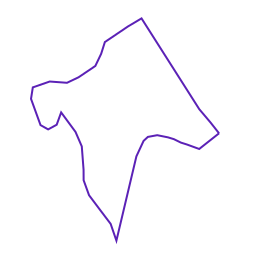 the district of Bupyeong-gu, Incheon, South Korea, rotated 56°
{"feature_id": "91817680B45509654992593", "entity_name": "Bupyeong-gu", "entity_type": "district", "adm_level": 2, "iso_a3": "KOR", "parent_name": "South Korea", "parent_adm1": "Incheon", "projection": "albers", "projection_center": [126.732, 37.486], "detail": "fine", "context": "isolated", "style": "outline", "palette": "violet", "viewbox_px": 256, "rotation_deg": 56, "n_neighbors": 0, "source": "geoboundaries", "source_scale": "gbopen_adm2", "svg_char_len": 572}
<svg xmlns="http://www.w3.org/2000/svg" viewBox="0 0 256 256"><g transform="rotate(56 128 128)"><path d="M214.9,200.6L156.2,136.9L147.4,122.3L146.5,116.5L150.3,107.8L158.1,100.1L162.9,96.2L169.7,92.3L174.6,88.4L185.2,80.7L183.3,55.4L183.3,55.5L169.7,56.5L152.3,58.4L44.7,55.5L43.8,71.0L43.8,99.1L51.5,108.8L58.3,120.4L58.3,140.7L56.4,153.3L45.7,166.9L41.1,184.2L49.6,192.1L76.7,198.9L84.5,195.0L85.4,185.3L77.7,174.7L101.9,173.7L117.4,176.6L137.8,188.2L146.5,194.0L162.0,197.9L181.4,196.9L197.8,196.0L214.9,200.6Z" fill="none" stroke="#5b21b6" stroke-width="2"/></g></svg>